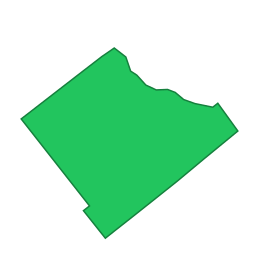 the district of Cleveland, Arkansas, United States of America, rotated 142°
{"feature_id": "52423323B40127238387579", "entity_name": "Cleveland", "entity_type": "district", "adm_level": 2, "iso_a3": "USA", "parent_name": "United States of America", "parent_adm1": "Arkansas", "projection": "natural_earth1", "projection_center": [-92.252, 33.884], "detail": "fine", "context": "isolated", "style": "filled", "palette": "green", "viewbox_px": 256, "rotation_deg": 142, "n_neighbors": 0, "source": "geoboundaries", "source_scale": "gbopen_adm2", "svg_char_len": 445}
<svg xmlns="http://www.w3.org/2000/svg" viewBox="0 0 256 256"><g transform="rotate(142 128 128)"><path d="M87.7,56.9L43.3,58.0L42.0,92.2L48.4,92.2L60.2,106.0L66.6,116.1L68.9,127.0L73.1,134.0L82.3,140.6L87.5,150.8L88.5,164.2L90.9,171.2L86.0,185.3L89.6,199.5L104.6,200.4L137.9,200.6L206.6,200.9L206.5,165.5L206.3,90.3L214.0,90.3L213.7,55.1L202.3,55.2L175.5,55.3L121.7,55.8L87.7,56.9Z" fill="#22c55e" stroke="#15803d" stroke-width="1.5"/></g></svg>